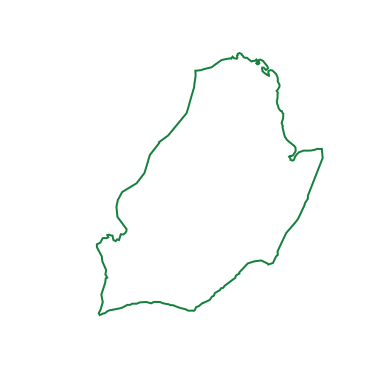 outline of Upper Niumi, North Bank, Gambia, rotated 335°
{"feature_id": "56634734B28238259284132", "entity_name": "Upper Niumi", "entity_type": "district", "adm_level": 2, "iso_a3": "GMB", "parent_name": "Gambia", "parent_adm1": "North Bank", "projection": "natural_earth1", "projection_center": [-16.326, 13.431], "detail": "fine", "context": "isolated", "style": "outline", "palette": "green", "viewbox_px": 384, "rotation_deg": 335, "n_neighbors": 0, "source": "geoboundaries", "source_scale": "gbopen_adm2", "svg_char_len": 3599}
<svg xmlns="http://www.w3.org/2000/svg" viewBox="0 0 384 384"><g transform="rotate(335 192 192)"><path d="M246.3,83.5L244.5,88.0L243.7,89.3L241.6,92.5L241.0,93.3L240.1,94.7L238.0,98.2L237.9,98.3L231.7,105.3L224.9,113.2L221.7,116.8L220.5,118.2L207.5,124.4L207.3,124.5L194.3,130.7L183.1,132.9L183.1,133.7L169.5,140.6L166.1,144.4L165.8,144.8L164.1,146.7L163.3,147.6L158.5,153.0L156.9,154.7L145.4,160.7L143.2,160.9L141.2,161.1L128.9,162.5L128.6,162.6L122.8,166.9L121.4,167.9L117.3,173.4L113.9,183.1L116.1,193.6L117.0,198.0L116.2,199.5L115.5,200.0L114.4,200.9L111.7,201.4L109.6,200.2L105.8,204.4L105.5,204.7L104.2,203.3L102.0,204.3L100.5,202.2L101.5,197.9L100.3,197.2L98.8,195.6L97.0,195.3L97.0,197.7L94.9,197.7L93.3,196.8L91.6,196.1L87.5,199.2L83.7,199.2L82.5,201.8L83.0,212.2L81.4,217.2L81.4,217.8L81.2,226.6L78.7,230.0L79.0,233.8L77.3,233.8L75.1,237.4L70.2,242.7L66.4,246.8L65.2,251.6L64.6,254.1L59.5,259.9L56.2,262.5L56.4,264.6L60.1,264.6L62.2,265.0L64.9,264.3L67.1,264.3L73.1,265.9L78.3,267.1L80.6,267.3L85.7,267.0L88.4,268.2L90.3,267.9L91.9,268.6L93.2,269.1L94.4,269.8L98.0,270.0L101.7,271.4L101.8,271.5L104.0,272.3L107.9,275.6L111.2,275.6L116.6,278.2L117.6,279.4L118.3,280.3L121.4,282.6L123.3,283.8L124.9,285.7L126.8,286.4L128.7,288.5L129.3,289.1L130.7,290.6L133.4,293.0L136.3,295.3L137.9,297.2L138.2,297.7L139.7,298.6L141.9,299.5L143.6,300.5L144.6,300.2L147.1,298.1L150.2,298.3L154.3,297.1L155.6,297.2L155.6,297.3L162.4,297.3L166.0,295.2L166.3,295.2L167.5,295.4L168.4,294.8L170.0,293.2L175.8,292.7L177.5,291.5L177.9,291.6L179.3,291.9L179.9,292.0L181.8,290.8L192.7,288.5L194.8,288.2L196.3,286.5L197.7,286.1L198.6,286.0L200.4,286.0L200.8,284.9L204.8,283.3L210.1,281.2L212.4,280.3L214.0,280.5L219.2,281.2L225.8,283.3L230.2,288.7L230.4,289.9L235.3,290.6L241.1,285.8L243.2,285.3L244.4,282.0L251.9,275.7L259.9,269.1L260.7,268.7L273.5,262.9L277.0,261.0L288.5,251.4L289.5,250.0L291.0,249.0L294.1,247.1L295.5,244.3L324.8,216.4L327.8,208.1L327.8,207.8L327.4,207.9L326.7,207.3L325.4,206.7L323.7,205.8L321.1,205.6L318.9,205.1L317.4,204.7L314.3,203.4L311.6,202.1L310.1,201.5L308.6,201.5L305.7,201.2L303.0,202.1L300.2,203.6L298.1,205.9L297.2,206.1L296.6,206.1L295.1,204.8L294.9,204.6L295.3,203.3L295.0,201.4L294.9,201.0L296.1,200.8L297.4,201.4L297.7,201.4L299.0,201.4L301.9,199.7L303.2,198.7L304.3,196.2L304.6,195.1L304.0,193.0L303.3,191.7L301.8,188.7L301.3,187.7L299.8,184.1L300.0,183.2L299.5,181.3L299.8,179.4L301.4,171.4L302.2,170.7L302.2,169.7L302.4,167.3L302.9,166.8L305.8,163.6L306.5,162.2L307.8,159.6L307.5,158.8L307.5,156.5L306.6,156.0L305.9,153.1L306.4,150.1L306.4,148.4L307.2,145.6L308.4,144.2L309.5,142.5L310.8,139.7L311.8,138.3L311.5,136.1L312.0,136.1L315.3,133.9L315.5,133.8L316.6,132.1L316.6,130.0L316.4,128.7L316.5,128.4L316.6,127.5L317.6,125.8L318.1,123.7L318.0,120.3L316.2,115.9L314.7,114.7L314.2,114.7L312.4,114.8L311.4,116.5L311.4,118.0L310.9,119.1L309.8,118.0L309.1,116.8L307.8,114.4L306.9,112.3L307.3,111.9L307.4,110.2L308.2,108.9L309.6,109.7L310.6,112.7L311.9,112.5L313.2,111.9L313.5,110.4L311.8,103.4L310.8,102.0L310.0,100.9L307.9,100.6L307.9,101.1L307.4,103.8L306.2,104.2L305.1,103.8L304.7,102.5L305.7,102.1L306.5,100.8L306.2,99.1L304.5,99.8L302.7,98.9L301.1,98.9L299.9,96.6L299.7,96.2L298.6,93.6L296.9,92.9L296.3,92.1L296.0,91.9L295.7,91.6L295.7,90.2L295.2,89.1L295.2,87.8L293.7,86.1L291.9,86.1L291.3,87.2L290.4,87.4L289.9,89.5L288.8,90.1L286.6,88.4L286.0,86.5L284.1,87.5L284.1,87.4L280.3,86.2L275.1,85.0L274.4,84.9L268.7,86.0L268.4,86.0L263.0,87.1L262.3,87.2L260.8,86.9L255.5,85.8L254.7,85.7L251.3,85.3L247.3,83.9L246.3,83.5Z" fill="none" stroke="#15803d" stroke-width="2"/></g></svg>